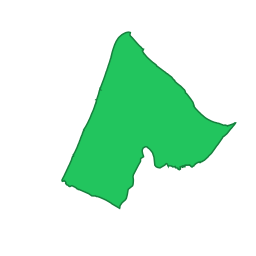 Tanah Laut, Kalimantan Selatan, Indonesia (Robinson projection), rotated 139°
{"feature_id": "22746128B54914598899185", "entity_name": "Tanah Laut", "entity_type": "district", "adm_level": 2, "iso_a3": "IDN", "parent_name": "Indonesia", "parent_adm1": "Kalimantan Selatan", "projection": "robinson", "projection_center": [114.872, -3.844], "detail": "fine", "context": "isolated", "style": "filled", "palette": "green", "viewbox_px": 256, "rotation_deg": 139, "n_neighbors": 0, "source": "geoboundaries", "source_scale": "gbopen_adm2", "svg_char_len": 5360}
<svg xmlns="http://www.w3.org/2000/svg" viewBox="0 0 256 256"><g transform="rotate(139 128 128)"><path d="M122.7,72.9L122.6,73.0L122.2,73.0L122.0,72.8L121.3,72.0L120.3,71.1L120.1,70.5L119.8,70.2L119.9,69.5L119.2,68.9L118.5,68.4L117.6,68.0L117.7,67.6L117.9,67.3L118.1,67.3L118.2,66.9L118.1,66.6L117.2,65.7L117.0,65.2L116.8,64.8L117.2,64.3L117.2,64.1L117.1,63.8L117.0,63.7L116.6,63.5L116.6,63.3L116.7,63.2L116.7,62.9L115.5,62.6L114.5,63.6L114.4,64.1L114.3,64.4L113.8,64.2L113.5,64.2L113.0,63.8L112.7,63.7L112.8,63.1L112.7,62.6L112.5,62.4L112.2,62.4L111.5,62.8L111.4,62.8L111.1,62.4L111.1,62.7L110.8,62.3L110.9,62.2L110.7,62.0L110.7,61.9L110.9,62.0L110.9,61.8L110.7,61.7L110.5,61.8L110.5,62.3L110.4,62.5L110.3,62.4L109.8,62.4L109.7,62.5L109.4,62.2L109.2,62.3L108.9,62.2L108.9,61.9L108.5,61.9L108.4,61.7L108.1,61.6L107.9,61.2L107.7,61.2L107.2,60.7L107.0,60.4L106.8,60.4L106.4,60.2L106.0,60.1L105.9,59.9L105.9,59.7L106.0,59.7L106.0,59.4L105.8,59.2L105.6,59.1L105.6,58.9L105.5,58.1L105.7,57.8L105.6,57.6L105.6,57.2L105.3,56.6L105.1,56.7L104.6,56.5L103.7,56.5L103.3,56.2L102.6,56.5L101.8,56.5L101.6,56.5L101.4,56.5L101.2,56.6L100.8,56.7L100.6,56.5L99.9,56.6L98.9,56.3L98.3,56.3L97.0,55.7L96.7,55.7L96.8,55.4L96.6,55.0L96.3,54.7L96.2,54.8L95.9,54.8L95.8,54.6L95.7,54.5L95.2,54.7L94.7,54.4L94.3,54.1L93.6,54.1L93.4,54.0L93.3,53.9L92.9,54.0L91.6,53.6L90.5,53.6L90.1,53.6L86.4,53.7L85.2,54.0L82.6,54.1L81.1,54.3L76.0,55.5L72.9,56.3L71.0,56.6L63.9,58.4L62.6,58.8L62.0,59.1L60.8,58.8L57.0,58.8L54.2,59.3L51.2,59.9L49.8,60.0L47.8,60.4L46.2,60.6L43.9,61.1L43.5,61.3L44.1,61.8L44.8,61.8L45.0,61.9L45.5,61.9L47.1,62.6L48.0,62.8L48.3,62.9L48.7,63.3L49.4,63.4L49.9,63.6L50.4,64.0L51.0,64.2L51.3,63.9L51.2,63.6L51.4,63.9L51.5,63.9L51.6,64.4L51.7,64.9L52.0,65.2L52.2,65.7L52.5,65.9L52.7,66.4L52.9,66.4L53.3,66.9L53.9,67.2L54.1,67.4L54.6,68.5L54.9,69.1L55.5,70.1L56.2,71.6L56.8,72.4L57.5,73.2L57.9,74.0L59.2,75.8L60.6,78.5L62.1,82.2L62.9,84.8L63.3,87.1L63.3,87.4L63.6,89.4L63.8,90.1L63.8,91.4L64.1,94.2L64.2,97.6L64.3,98.6L64.2,98.9L64.0,101.3L63.8,101.2L63.7,101.2L63.5,101.5L62.9,103.0L62.3,104.4L62.1,105.0L61.6,109.3L61.6,109.9L61.3,114.5L61.3,115.4L61.6,116.5L61.4,116.8L61.5,117.0L61.3,117.2L61.1,117.5L60.9,118.0L60.6,118.7L60.5,119.2L60.4,119.7L60.5,120.5L60.8,124.9L61.5,128.2L61.5,128.7L61.7,129.3L62.0,132.0L62.0,132.7L61.6,133.1L61.6,133.6L61.6,133.8L61.8,134.0L61.9,135.1L61.8,135.7L61.7,137.8L62.7,142.6L62.6,142.9L63.0,143.3L63.1,144.1L63.2,144.7L63.4,144.9L63.3,145.2L63.3,145.7L63.6,146.6L65.3,154.5L65.4,155.1L65.8,155.6L65.6,155.9L65.5,156.3L65.4,157.4L66.1,160.7L66.2,160.8L66.5,162.9L67.0,167.0L67.2,169.3L67.1,173.3L67.3,173.6L67.1,173.7L67.1,173.8L66.8,175.8L66.6,176.6L66.4,176.9L66.1,177.0L65.6,176.8L65.2,176.9L64.6,177.3L64.9,177.6L65.0,178.3L65.2,178.7L65.3,179.7L65.2,179.9L65.1,180.0L65.5,182.6L65.6,185.7L65.6,192.1L65.6,192.6L65.6,193.2L65.8,196.0L65.6,196.7L65.1,197.4L64.4,197.9L63.8,198.3L63.6,198.5L63.9,199.0L64.7,200.0L65.8,200.7L66.9,201.3L67.5,201.5L68.5,201.8L70.8,202.3L71.5,202.4L73.5,202.4L75.0,202.4L76.4,202.2L78.5,201.6L80.1,201.1L83.4,199.6L87.4,197.3L90.1,195.6L94.4,192.6L94.6,192.4L93.8,193.0L93.6,193.0L94.6,192.2L95.6,191.8L98.9,189.7L102.4,187.7L103.1,187.2L105.7,185.7L106.1,185.3L107.2,184.9L111.0,182.6L114.7,180.5L122.4,176.4L123.5,175.9L123.8,175.8L123.9,175.6L123.7,175.3L123.7,175.7L123.6,175.8L123.6,175.7L123.6,175.4L123.8,175.2L123.9,175.4L124.0,175.4L124.5,175.2L125.0,175.0L128.3,172.7L130.6,171.4L132.6,170.1L133.0,170.0L133.3,170.3L133.5,170.3L133.3,170.0L133.4,169.7L134.1,169.1L135.7,168.1L135.6,167.9L136.0,167.7L137.1,167.2L136.6,167.6L136.8,167.5L139.8,165.7L142.5,164.2L146.6,162.3L148.8,161.1L151.1,160.0L151.4,159.8L151.9,159.7L155.0,158.3L159.0,156.8L162.1,155.9L162.4,155.7L162.9,155.6L163.0,155.4L163.0,154.9L163.3,154.9L163.6,154.9L164.1,154.8L165.3,154.0L165.6,154.0L166.1,153.7L166.5,153.2L167.7,152.8L170.6,151.3L172.1,150.3L172.6,150.2L174.8,148.9L176.2,148.3L179.4,146.6L183.7,144.7L185.8,143.9L186.5,143.7L187.0,143.7L187.2,143.4L187.3,142.7L187.5,142.5L187.9,142.6L187.9,142.8L188.5,142.8L189.2,142.5L191.9,140.8L194.5,139.6L195.9,138.9L199.1,137.6L199.7,137.2L200.0,137.1L201.0,136.7L202.0,136.3L203.0,135.8L203.0,135.7L204.0,135.4L208.0,133.6L209.9,132.9L210.8,132.5L211.5,132.3L211.7,132.1L211.9,131.8L212.1,131.8L212.5,131.4L212.3,130.6L211.4,130.2L210.7,130.2L210.7,129.5L210.4,128.6L210.9,127.2L211.4,127.0L211.5,125.4L210.8,124.1L210.8,123.0L210.5,122.2L210.0,121.8L209.3,121.6L208.8,121.6L208.2,121.3L207.7,120.5L207.6,119.7L206.9,118.7L206.8,117.7L206.3,116.7L206.4,115.6L205.9,115.0L205.9,114.2L205.3,113.6L205.2,113.6L200.7,104.1L199.8,100.5L197.4,98.3L197.2,98.3L196.9,97.4L196.7,96.9L195.9,96.2L195.6,95.7L194.8,94.3L193.4,91.4L191.9,88.1L190.9,85.2L190.1,82.8L189.8,81.1L187.0,72.9L186.4,73.3L185.0,74.6L181.5,75.5L177.1,75.5L175.4,76.0L172.1,78.3L168.5,81.3L167.8,81.6L162.4,81.4L161.0,82.3L159.2,84.0L157.9,85.4L156.1,88.1L155.4,88.5L154.8,89.1L144.7,93.1L140.7,94.5L140.3,94.8L138.8,96.4L138.2,96.6L135.1,96.1L134.7,96.7L133.9,98.8L132.5,101.2L131.6,102.1L129.9,102.9L128.6,102.8L127.3,102.5L126.7,102.1L126.0,101.1L125.9,99.4L125.6,98.5L125.5,96.9L125.7,93.3L127.6,88.8L132.1,82.4L132.2,80.8L132.1,80.1L131.4,78.6L130.0,76.9L124.7,75.9L123.7,75.9L122.8,76.1L122.4,76.0L122.1,75.6L122.1,75.2L122.6,73.4L122.7,72.9Z" fill="#22c55e" stroke="#15803d" stroke-width="1.5"/></g></svg>